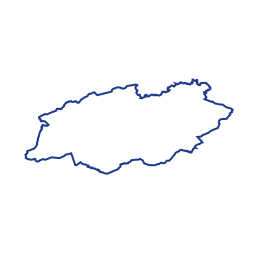 Taurenes pag., Vecpiebalgas, Latvia (Natural Earth projection), rotated 348°
{"feature_id": "27541924B70861266122116", "entity_name": "Taurenes pag.", "entity_type": "district", "adm_level": 2, "iso_a3": "LVA", "parent_name": "Latvia", "parent_adm1": "Vecpiebalgas", "projection": "natural_earth1", "projection_center": [25.678, 57.137], "detail": "fine", "context": "isolated", "style": "outline", "palette": "blue", "viewbox_px": 256, "rotation_deg": 348, "n_neighbors": 0, "source": "geoboundaries", "source_scale": "gbopen_adm2", "svg_char_len": 5698}
<svg xmlns="http://www.w3.org/2000/svg" viewBox="0 0 256 256"><g transform="rotate(348 128 128)"><path d="M43.6,111.0L42.4,112.1L42.6,112.2L40.8,114.0L38.6,118.4L37.9,119.0L37.7,120.2L35.8,124.0L35.8,125.0L35.6,125.4L34.9,125.8L33.8,127.2L33.0,128.0L31.1,128.9L31.0,128.7L24.6,129.7L24.4,130.4L24.6,131.0L24.4,131.4L24.0,131.5L23.9,131.9L22.1,132.8L22.1,134.0L22.5,134.6L22.5,135.1L21.8,136.0L23.1,137.3L26.1,138.7L27.3,139.0L30.7,138.9L31.0,139.3L30.8,140.5L31.2,141.2L31.9,141.8L32.9,142.0L33.3,141.8L33.8,142.0L35.0,141.3L38.7,140.8L39.0,141.1L40.8,141.9L47.0,140.8L54.7,143.2L60.0,142.1L61.2,141.2L67.2,141.0L68.7,153.3L69.6,153.7L72.3,152.7L74.4,151.6L75.4,153.1L77.0,154.3L79.2,155.0L80.1,155.8L80.3,156.3L81.5,156.6L81.4,156.9L81.0,156.9L81.0,157.1L80.7,157.4L81.0,157.5L81.0,157.8L81.4,157.8L81.4,158.0L82.1,158.4L82.7,158.5L82.9,159.0L83.7,159.1L83.5,159.3L83.7,159.5L83.9,159.4L84.0,159.7L84.6,159.5L85.5,160.3L86.2,160.3L86.6,160.7L87.3,160.8L87.6,161.4L88.3,161.7L88.5,162.0L89.2,162.4L89.4,162.7L89.8,162.7L90.1,162.5L90.3,162.8L90.7,163.0L90.5,163.6L90.8,163.7L90.9,164.0L91.4,164.4L91.1,164.5L91.2,164.8L91.8,165.4L92.1,165.4L92.2,165.5L94.1,166.2L94.1,166.4L95.5,167.3L98.2,168.4L110.0,166.1L110.3,165.4L112.3,164.5L112.5,164.2L113.0,162.0L113.7,162.0L114.2,162.2L114.5,161.9L115.8,162.1L116.2,161.7L117.3,161.7L117.9,162.3L118.8,162.1L119.4,162.4L120.6,162.5L120.9,162.0L121.3,161.7L122.3,161.8L123.2,161.5L123.8,161.2L124.0,160.6L125.1,160.2L127.1,160.5L129.7,160.7L131.2,161.1L133.3,160.7L135.3,162.3L135.7,163.1L136.5,166.0L141.2,168.8L146.8,170.0L147.7,169.9L149.0,169.5L150.9,169.7L152.7,168.9L153.4,168.9L154.3,169.6L157.0,169.8L159.1,168.1L161.4,168.5L163.3,167.4L166.6,164.7L168.1,163.7L169.2,162.3L170.8,161.7L171.9,161.6L172.5,161.3L173.1,161.4L173.4,160.9L174.6,160.4L175.9,160.4L177.0,161.4L178.6,161.8L179.4,162.6L179.8,162.7L180.4,162.4L180.9,162.6L181.1,162.9L181.6,163.0L181.8,163.2L181.9,163.5L182.2,163.6L182.0,163.8L182.1,164.1L182.9,164.1L183.4,164.3L183.5,164.5L183.9,164.5L184.2,165.0L184.9,165.2L185.1,165.1L185.1,164.6L185.5,164.0L186.0,163.9L186.5,163.5L187.2,162.1L188.6,161.3L189.2,161.3L189.9,161.5L189.2,160.7L189.5,160.0L189.8,159.7L191.9,158.8L193.7,158.5L194.5,158.6L196.9,157.6L197.8,157.6L197.2,156.1L196.9,155.8L194.1,151.2L197.9,151.5L199.6,150.4L202.5,150.1L204.5,149.5L205.2,149.5L209.3,147.8L215.9,146.6L218.4,143.0L217.9,142.1L218.3,141.4L218.7,139.7L220.5,138.8L223.6,139.0L224.6,139.4L226.8,139.3L228.4,137.7L231.0,136.0L230.7,134.9L232.4,134.0L233.0,134.1L233.4,132.5L234.2,132.0L232.9,130.5L228.4,128.0L225.3,124.7L222.9,124.1L218.0,122.0L216.3,119.8L215.6,120.0L208.9,115.8L211.1,114.3L209.8,110.8L210.5,110.5L210.1,110.4L210.6,109.9L210.2,109.5L210.5,109.4L210.3,109.0L210.8,109.1L211.5,108.9L211.6,108.6L211.9,108.7L212.0,108.1L212.2,107.9L212.6,108.1L213.0,108.0L213.8,107.3L214.7,107.2L214.8,107.6L215.1,107.4L216.3,107.3L217.0,106.2L216.8,105.6L216.9,105.3L216.2,104.9L216.1,104.4L216.2,103.7L214.8,101.8L214.4,101.6L213.9,100.8L214.0,100.3L213.8,100.1L212.5,100.0L210.4,99.4L209.0,99.3L207.7,99.8L207.5,100.1L207.7,100.7L207.5,100.9L206.4,100.9L205.7,100.3L205.5,99.9L204.6,99.0L204.5,98.4L205.4,97.7L204.9,97.0L205.1,96.6L205.5,96.4L205.6,96.1L205.7,95.8L205.5,95.3L205.0,95.2L204.8,95.9L204.1,96.2L202.3,95.2L202.0,94.3L201.3,94.1L201.3,94.4L200.9,95.3L200.3,96.1L200.7,96.7L200.7,96.9L200.3,97.1L199.7,97.1L199.3,97.2L199.5,97.5L200.1,97.5L199.9,97.8L199.3,97.9L198.7,97.7L197.9,98.2L197.7,98.0L197.0,98.1L196.0,97.3L195.3,97.3L195.3,96.8L194.8,96.8L194.4,96.5L193.9,96.5L193.5,95.9L192.4,95.8L191.7,96.0L191.4,95.7L190.4,95.3L189.2,94.2L188.7,94.3L188.6,94.8L187.7,94.7L186.9,95.4L185.3,95.6L185.1,95.5L184.9,94.9L184.1,94.5L184.5,95.1L183.1,95.8L182.2,96.8L181.9,97.0L181.2,96.7L180.1,95.5L178.7,95.8L177.5,96.5L175.4,96.7L175.0,97.6L175.6,98.1L175.7,98.9L176.2,99.1L176.3,99.2L175.1,99.3L175.7,100.2L175.7,100.4L175.4,100.4L175.4,100.1L175.2,100.0L174.7,100.2L174.5,100.5L172.8,100.9L171.7,100.7L171.7,100.3L171.2,100.3L169.9,99.7L169.3,99.6L169.2,99.8L169.5,99.9L169.2,100.3L168.6,100.4L168.1,100.8L168.2,101.3L167.8,101.8L166.3,102.6L165.6,102.7L164.4,102.5L163.6,101.9L162.8,101.6L161.7,101.8L161.4,101.6L161.5,101.2L161.4,101.0L159.6,101.3L159.0,100.5L158.5,100.2L155.8,100.8L155.7,101.2L155.5,101.4L153.6,101.2L153.6,100.2L152.5,99.2L152.1,99.2L151.1,99.8L151.5,100.6L151.5,100.9L151.4,101.1L149.1,101.3L147.8,101.9L147.2,101.6L147.8,101.5L147.0,100.9L147.0,100.5L146.3,99.3L146.5,98.1L144.4,97.7L143.5,95.2L143.8,95.0L143.8,94.7L144.3,94.3L144.3,93.9L144.8,93.5L145.0,93.3L144.0,92.0L143.6,90.7L143.6,90.2L144.6,88.7L145.1,88.4L145.8,88.5L146.0,88.3L146.1,88.0L145.8,87.7L144.2,87.1L135.7,86.8L133.7,88.4L132.4,88.4L132.4,88.5L132.1,88.6L131.3,88.4L129.6,87.7L129.1,87.3L129.2,87.2L127.9,86.5L126.7,86.1L125.4,86.1L121.5,86.7L120.3,87.4L119.7,88.9L119.4,89.0L104.8,89.5L102.3,86.0L100.7,86.2L99.3,86.7L96.8,86.7L95.9,87.3L95.3,88.1L94.8,88.4L91.8,89.0L88.1,90.5L85.2,93.0L83.8,92.7L83.6,92.6L83.6,92.1L83.0,91.4L82.0,91.3L81.9,91.1L82.0,91.0L81.3,90.9L80.9,91.1L79.6,91.1L79.1,90.8L78.4,90.6L77.8,89.8L76.0,89.8L75.6,90.2L75.1,89.9L74.0,90.0L73.2,90.3L73.3,90.5L73.1,90.7L72.0,90.9L71.2,91.7L70.1,92.5L70.0,93.4L68.0,94.4L67.3,95.2L66.6,95.5L66.2,95.6L65.2,94.9L63.9,95.1L63.4,94.6L62.4,94.5L61.4,95.5L61.4,96.1L58.6,96.6L58.0,96.5L51.7,97.8L49.4,97.1L43.3,98.8L43.1,100.2L43.9,100.7L44.3,101.4L43.9,102.0L44.2,102.5L44.8,102.9L44.5,103.3L44.8,103.6L45.7,103.4L46.6,103.8L47.2,103.8L48.4,104.4L50.9,108.4L49.3,109.1L47.6,108.4L47.2,108.5L46.0,107.4L45.2,107.3L44.8,107.7L44.6,108.1L43.9,108.5L44.1,108.9L43.8,109.3L44.2,109.4L44.0,109.8L43.3,110.1L43.6,111.0Z" fill="none" stroke="#1e3a8a" stroke-width="2"/></g></svg>